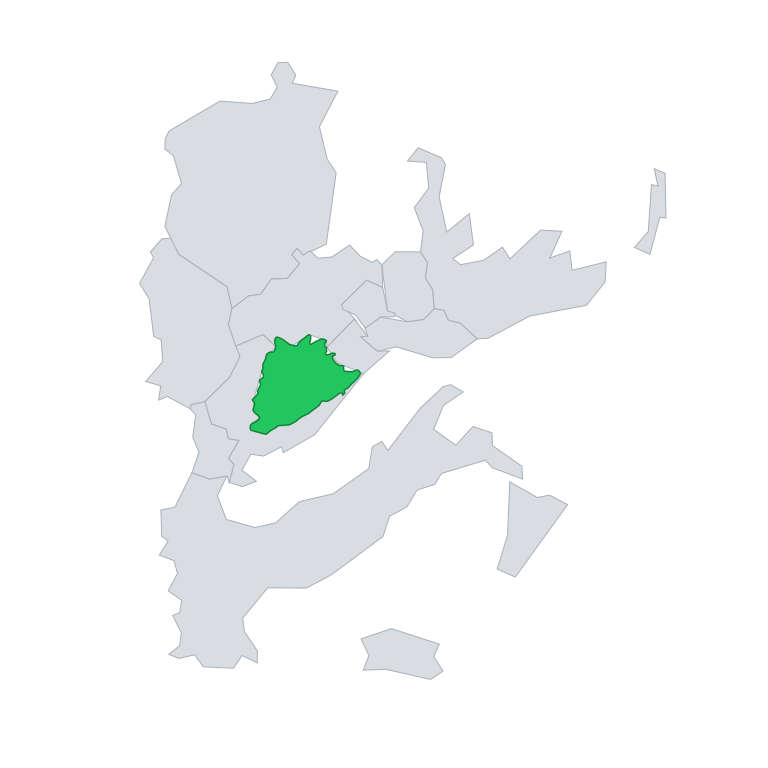 map of Bosnia and Herzegovina with Hungary, Romania, Greece and 8 others greyed out, rotated 278°
{"feature_id": "BIH", "entity_name": "Bosnia and Herzegovina", "entity_type": "country or territory", "adm_level": 0, "iso_a3": "BIH", "parent_name": "Europe", "parent_adm1": "", "projection": "orthographic", "projection_center": [18.137, 43.918], "detail": "fine", "context": "with_neighbors", "style": "filled", "palette": "green", "viewbox_px": 768, "rotation_deg": 278, "n_neighbors": 11, "source": "natural_earth", "source_scale": "50m", "svg_char_len": 6294}
<svg xmlns="http://www.w3.org/2000/svg" viewBox="0 0 768 768"><g transform="rotate(278 384 384)"><path d="M482.2,134.2L496.8,143.8L499.1,153.9L484.0,162.6L458.4,215.2L437.5,223.0L421.1,221.7L391.1,237.6L369.3,230.3L341.5,209.0L336.7,196.1L332.4,195.6L341.5,171.3L336.7,163.0L351.1,163.2L353.3,147.7L375.5,161.8L396.9,157.1L398.9,149.4L435.8,139.5L449.6,127.9L477.0,138.3L482.2,134.2Z" fill="#d9dde1" stroke="#a8b0b8" stroke-width="1"/><path d="M650.3,231.6L663.0,237.0L674.5,229.3L687.3,234.2L689.2,243.8L677.6,253.7L669.1,251.2L667.5,297.6L629.9,284.2L599.0,296.3L586.4,307.2L514.4,307.4L500.3,285.9L506.2,279.1L499.3,274.8L491.3,283.7L475.0,273.4L472.3,257.8L455.7,249.5L452.3,237.5L437.5,223.0L458.4,215.2L484.0,162.6L509.6,145.1L541.8,147.3L554.3,155.6L580.7,143.7L586.1,134.3L596.7,133.2L604.8,136.1L641.3,182.1L643.5,214.9L650.3,231.6Z" fill="#d9dde1" stroke="#a8b0b8" stroke-width="1"/><path d="M634.8,621.6L631.8,633.0L587.6,640.1L587.5,633.9L549.3,629.3L554.1,613.0L571.7,624.5L618.6,621.1L618.4,627.7L634.8,621.6ZM519.9,401.7L541.0,401.5L563.0,389.4L584.0,401.0L609.4,395.1L608.0,376.2L622.6,384.9L616.1,409.4L609.8,414.3L577.1,412.5L543.2,425.0L564.6,444.8L534.1,453.2L517.8,434.6L512.8,443.2L520.4,465.5L536.0,482.3L525.4,491.3L558.2,517.6L560.0,538.9L531.8,530.7L541.7,549.4L522.8,554.5L535.9,587.1L515.7,588.7L490.1,573.5L471.6,518.9L443.8,480.7L441.6,470.0L454.7,451.2L456.1,438.8L465.3,433.0L465.5,423.1L484.2,419.0L494.7,410.2L510.2,410.1L519.9,401.7Z" fill="#d9dde1" stroke="#a8b0b8" stroke-width="1"/><path d="M465.5,423.1L465.3,433.0L456.1,438.8L454.7,451.2L441.6,470.0L419.5,446.7L416.7,428.6L422.5,390.8L415.5,372.9L427.4,354.0L429.3,361.1L436.8,357.5L449.8,371.3L448.9,398.0L453.4,414.2L465.5,423.1Z" fill="#d9dde1" stroke="#a8b0b8" stroke-width="1"/><path d="M341.5,209.0L369.3,230.3L391.1,237.6L401.0,231.9L416.2,257.3L406.1,271.7L393.8,263.4L352.3,257.4L339.8,258.1L333.8,265.8L324.4,256.9L318.3,272.5L369.8,341.4L394.5,355.8L391.4,362.3L324.2,322.5L302.0,293.8L307.6,291.2L295.9,274.8L295.9,261.9L278.9,255.2L269.9,271.2L262.7,258.1L265.0,244.4L283.4,246.6L288.6,240.4L307.8,248.1L308.1,237.4L317.4,233.9L320.4,218.6L341.5,209.0Z" fill="#d9dde1" stroke="#a8b0b8" stroke-width="1"/><path d="M183.4,185.3L198.5,192.1L202.2,185.1L228.2,180.6L232.9,194.1L269.5,206.2L265.6,224.7L271.1,241.2L250.3,234.5L227.9,246.6L223.9,276.1L231.4,296.0L255.9,316.7L268.1,348.8L298.1,380.7L320.2,381.2L326.9,389.7L318.7,397.1L364.9,423.1L389.6,443.0L392.6,450.0L387.2,463.6L371.1,445.9L346.0,439.4L333.4,463.7L354.3,478.1L350.6,497.8L338.2,499.9L321.7,532.0L309.1,534.6L316.1,502.9L322.7,495.0L303.4,453.3L291.6,448.2L283.6,431.5L265.4,423.7L253.8,407.9L232.9,404.2L188.1,358.9L171.1,335.4L166.0,297.2L132.4,276.6L119.5,280.2L101.8,295.9L90.2,297.2L95.4,281.2L81.6,274.5L78.8,244.4L89.5,234.2L83.7,219.0L86.3,208.5L96.4,218.1L109.2,218.0L125.4,207.0L129.2,213.5L141.7,213.7L149.1,199.1L167.7,205.9L179.8,200.6L183.4,185.3ZM251.2,527.4L304.6,522.2L292.9,551.6L297.0,563.5L290.1,582.6L211.1,540.9L216.5,521.8L251.2,527.4ZM113.0,406.9L128.4,396.8L142.8,425.4L134.1,474.9L121.0,471.1L107.9,482.4L97.9,471.1L101.7,425.5L97.7,403.2L113.0,406.9Z" fill="#d9dde1" stroke="#a8b0b8" stroke-width="1"/><path d="M269.5,206.2L290.9,210.2L304.4,202.1L327.3,201.8L332.4,195.6L336.7,196.1L341.5,209.0L320.4,218.6L317.4,233.9L308.1,237.4L307.8,248.1L288.6,240.4L283.4,246.6L265.0,244.4L271.1,241.2L265.6,224.7L269.5,206.2Z" fill="#d9dde1" stroke="#a8b0b8" stroke-width="1"/><path d="M501.8,365.3L516.5,376.7L519.9,401.7L510.2,410.1L494.7,410.2L484.2,419.0L465.5,423.1L453.4,414.2L448.9,398.0L456.7,377.4L501.8,365.3Z" fill="#d9dde1" stroke="#a8b0b8" stroke-width="1"/><path d="M401.0,231.9L421.1,221.7L437.5,223.0L452.3,237.5L455.7,249.5L472.3,257.8L475.0,273.4L491.3,283.7L499.3,274.8L506.2,279.1L500.3,285.9L505.7,292.2L499.4,301.2L502.6,314.9L516.9,330.6L507.0,343.0L502.9,355.4L506.2,359.7L501.8,365.3L479.4,369.2L484.3,352.4L456.7,331.0L441.8,348.9L444.0,345.6L412.5,322.4L418.9,320.7L422.6,302.7L409.3,288.3L415.8,271.5L406.1,271.7L416.2,257.3L401.0,231.9Z" fill="#d9dde1" stroke="#a8b0b8" stroke-width="1"/><path d="M444.0,345.6L429.3,361.1L427.4,354.0L415.5,372.9L417.6,384.9L391.4,362.3L398.4,334.9L412.5,322.4L444.0,345.6Z" fill="#d9dde1" stroke="#a8b0b8" stroke-width="1"/><path d="M452.1,385.0L449.8,371.3L436.8,357.5L448.4,346.0L451.9,333.3L456.7,331.0L484.3,352.4L479.4,369.2L456.7,377.4L455.7,385.2L452.1,385.0Z" fill="#d9dde1" stroke="#a8b0b8" stroke-width="1"/><path d="M415.3,270.8L415.5,271.7L415.0,274.6L413.9,277.8L412.1,281.2L410.2,284.3L409.7,286.0L409.6,288.6L409.3,290.7L409.6,291.8L410.3,292.9L412.5,293.7L415.4,295.7L417.9,298.4L421.2,301.4L422.2,302.5L422.2,303.8L421.3,304.7L418.6,305.1L415.7,304.9L414.6,304.6L413.6,305.0L413.0,305.7L413.3,306.5L416.3,310.2L419.8,315.5L420.0,317.8L419.6,319.6L418.9,320.9L417.4,320.7L416.3,319.7L414.7,319.8L413.4,320.1L411.8,322.1L411.0,322.0L409.6,322.3L408.7,322.7L407.2,322.2L405.7,321.8L405.1,322.4L404.8,323.6L405.8,325.6L407.5,328.8L407.3,331.3L406.0,331.6L404.7,329.5L403.6,329.2L402.4,329.3L399.6,331.7L397.5,333.7L397.1,335.1L396.3,336.7L396.1,337.8L396.2,341.5L392.4,342.1L391.7,342.6L391.2,343.7L391.5,348.5L391.8,351.0L394.0,354.9L394.1,356.1L393.8,357.0L392.3,358.5L391.5,359.1L391.0,359.3L388.5,358.2L387.3,357.8L382.3,354.3L380.1,352.4L376.6,349.9L374.4,348.4L373.3,346.2L371.6,345.7L369.6,346.4L367.3,344.8L368.9,344.0L369.3,343.3L369.1,342.3L368.4,340.9L362.3,334.9L359.3,330.8L358.8,329.4L358.8,325.5L358.1,324.5L353.7,322.7L348.7,317.6L343.6,312.6L342.9,311.2L340.3,307.4L337.2,304.0L334.6,301.8L332.6,299.2L330.3,295.7L329.2,290.5L328.2,285.9L327.6,284.1L326.1,283.4L321.7,277.8L317.9,274.5L318.0,271.0L318.8,265.3L319.7,258.8L320.7,257.9L322.5,257.5L324.5,257.7L326.2,258.6L329.5,263.1L331.5,264.9L333.1,265.6L335.1,263.8L337.6,259.9L339.7,257.9L346.6,258.7L350.1,255.8L355.6,259.8L357.8,260.5L359.1,259.9L360.9,260.2L364.8,261.4L365.7,261.9L366.8,261.8L369.7,260.3L370.7,260.5L374.0,263.5L375.6,263.6L377.6,262.3L378.9,261.1L382.7,262.0L384.8,261.5L386.6,261.4L388.6,261.9L390.4,262.6L392.1,263.2L396.8,263.5L399.0,265.5L399.9,267.3L400.0,268.5L400.2,269.7L401.5,270.9L404.3,271.5L406.1,271.4L407.1,271.3L409.4,270.2L412.3,269.6L414.3,270.2L415.3,270.8Z" fill="#22c55e" stroke="#15803d" stroke-width="1.5"/></g></svg>